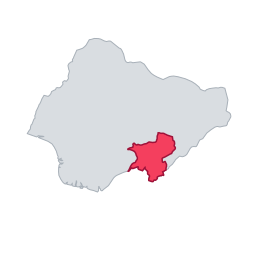 where Taraba sits in Nigeria, rotated 21°
{"feature_id": "NGA-2848", "entity_name": "Taraba", "entity_type": "State", "adm_level": 1, "iso_a3": "NGA", "parent_name": "Nigeria", "parent_adm1": "", "projection": "albers", "projection_center": [10.823, 8.016], "detail": "fine", "context": "in_parent", "style": "filled", "palette": "rose", "viewbox_px": 256, "rotation_deg": 21, "n_neighbors": 0, "source": "natural_earth", "source_scale": "10m", "svg_char_len": 6152}
<svg xmlns="http://www.w3.org/2000/svg" viewBox="0 0 256 256"><g transform="rotate(21 128 128)"><path d="M204.2,56.2L211.2,65.9L212.8,73.1L213.4,76.7L214.5,77.1L216.7,77.3L218.3,78.0L219.2,79.1L219.8,80.2L220.0,80.9L219.5,85.2L219.0,86.8L219.3,88.9L219.2,89.9L219.0,90.5L218.0,91.2L216.7,91.9L213.6,94.0L212.7,94.3L211.3,94.4L210.2,94.9L208.8,96.1L205.9,100.2L203.4,104.4L201.6,111.2L199.4,113.3L199.0,115.2L198.7,119.4L198.4,120.7L198.0,121.1L195.6,121.9L194.2,122.9L193.4,124.8L192.4,131.3L192.0,132.3L191.2,133.5L190.0,134.7L188.9,135.4L186.2,135.8L183.6,140.7L183.6,141.6L182.4,146.0L180.4,149.4L180.3,151.5L177.7,154.5L176.4,156.5L177.8,158.6L177.9,158.9L173.5,162.5L173.3,163.0L173.1,165.5L172.8,166.1L172.0,167.0L170.8,168.0L169.6,168.8L168.2,169.3L166.9,169.5L166.2,169.2L165.8,168.5L165.1,165.5L164.7,164.8L163.9,164.2L160.5,160.9L158.5,159.8L158.0,159.9L157.7,160.2L157.1,161.8L156.6,162.5L155.5,162.7L153.6,162.7L152.3,162.4L152.0,162.1L151.3,160.8L147.1,163.8L145.7,164.5L143.8,168.0L141.2,169.8L139.4,171.3L134.5,176.2L133.5,177.6L132.5,179.7L130.4,188.8L127.0,194.4L126.6,195.6L126.4,195.6L125.9,196.1L124.6,195.8L124.0,194.7L123.2,194.5L121.9,193.0L121.6,193.2L123.0,197.2L122.4,198.7L118.3,198.7L114.8,199.2L112.3,199.1L111.1,198.6L110.6,197.1L110.4,197.2L110.3,198.0L109.5,198.6L106.7,198.7L105.5,197.7L104.6,196.6L103.5,196.1L103.7,196.6L104.9,197.7L104.7,199.2L102.5,201.0L101.1,201.1L100.2,200.3L99.8,199.0L99.6,197.1L99.0,195.9L98.7,195.9L99.1,198.0L99.1,199.9L100.1,201.4L98.5,201.8L96.6,201.9L96.3,201.3L96.1,200.1L95.8,199.7L95.3,201.8L91.4,202.4L90.8,202.3L90.7,201.9L91.0,201.3L90.9,200.4L90.1,201.1L89.9,202.5L89.4,202.8L87.9,202.5L86.3,201.8L83.6,199.9L80.4,196.9L79.8,195.6L78.9,193.9L77.3,189.4L77.6,189.2L78.3,189.4L78.7,189.0L77.4,188.7L77.1,188.3L77.0,187.3L77.1,186.1L79.1,185.5L79.6,184.8L79.9,184.0L77.4,185.1L75.0,183.8L74.5,183.0L74.8,182.4L77.5,182.4L78.5,181.9L77.9,181.6L76.9,181.7L76.5,181.3L76.5,180.3L76.2,180.5L75.7,181.4L74.1,181.9L73.2,181.3L73.1,180.0L72.9,179.4L72.1,178.9L69.4,175.3L65.9,172.2L62.8,170.1L58.1,169.1L48.1,169.0L47.6,168.7L48.2,168.2L49.1,167.9L52.3,166.3L51.8,166.1L48.4,167.1L47.3,167.1L45.8,169.1L36.0,169.4L36.1,168.4L36.6,165.8L37.2,164.0L36.6,161.8L36.5,159.8L36.9,159.2L37.0,158.5L37.0,153.4L37.6,152.6L37.6,152.1L36.6,149.9L36.7,148.3L36.5,146.6L36.2,145.9L36.7,139.7L36.6,138.1L37.0,137.1L37.2,134.4L37.2,131.7L37.9,127.6L42.1,127.1L43.1,125.5L43.7,123.5L43.6,121.4L45.0,119.7L46.6,118.1L46.6,116.4L47.1,115.9L47.8,115.5L49.0,115.3L50.2,114.5L50.9,112.9L51.6,110.5L50.6,108.8L50.6,108.5L51.0,107.6L51.7,106.7L52.2,106.4L53.4,106.6L53.8,106.3L54.6,103.6L54.6,102.9L53.5,101.1L53.0,96.2L52.7,95.6L51.8,94.7L49.6,91.3L49.6,89.6L50.6,87.6L51.3,86.6L52.2,86.1L52.4,85.6L52.1,85.0L51.7,84.6L51.6,83.6L52.0,82.4L51.9,80.9L52.3,73.7L54.2,72.3L57.0,69.9L58.4,67.5L59.2,65.6L60.2,59.4L61.6,58.7L64.4,56.5L68.1,55.2L70.5,54.8L74.7,55.2L76.9,55.0L78.7,53.8L79.6,53.4L80.7,53.2L91.2,56.6L92.2,56.5L93.0,56.7L94.3,57.6L97.4,60.6L100.6,65.3L101.6,66.3L102.6,66.9L103.6,67.1L104.4,67.0L105.2,66.6L106.2,65.7L107.7,65.3L109.0,65.4L115.6,61.9L116.2,61.8L120.3,62.6L125.7,66.3L130.2,68.7L133.4,69.5L137.1,70.0L143.4,70.2L148.2,65.2L150.0,64.1L152.1,63.1L156.5,62.2L163.9,61.5L170.8,61.8L175.1,62.7L179.6,64.3L181.6,65.9L184.6,66.1L186.8,65.8L187.5,64.2L189.7,62.2L193.0,60.3L195.7,58.9L197.9,58.3L199.9,56.8L201.5,56.3L204.2,56.2ZM107.0,200.8L105.5,201.2L104.5,201.1L105.9,199.0L106.5,199.5L107.4,199.7L107.0,200.8Z" fill="#d9dde1" stroke="#a8b0b8" stroke-width="1"/><path d="M178.5,153.7L177.6,154.6L176.7,156.0L176.4,156.3L176.1,156.5L176.4,156.8L176.6,157.0L177.4,158.1L178.0,158.8L178.2,159.2L178.1,159.5L177.9,159.6L177.6,159.5L177.3,159.5L177.1,159.6L176.4,160.2L176.2,160.4L176.1,160.5L176.0,160.8L175.9,160.8L175.7,160.8L175.4,160.9L175.2,161.0L174.2,161.8L173.3,162.7L173.0,163.1L172.9,163.5L173.0,163.7L173.3,164.1L173.4,164.4L173.4,164.8L173.3,165.2L172.8,166.3L172.5,166.8L172.0,167.0L171.4,167.1L171.0,167.4L170.8,168.0L170.7,168.6L170.6,169.0L170.3,169.2L169.9,169.4L169.5,169.5L169.3,169.5L169.0,169.4L168.8,169.4L168.8,169.5L168.6,169.6L168.4,169.6L168.2,169.5L167.7,169.5L166.7,169.6L166.3,169.6L166.1,169.4L165.8,168.6L165.5,167.4L165.5,166.8L165.5,166.2L165.4,165.4L165.1,164.8L164.6,164.4L163.2,164.1L162.7,163.6L162.4,163.0L162.2,162.2L162.0,161.6L161.5,161.3L160.2,160.8L159.1,160.2L158.7,160.1L158.4,159.9L158.3,159.1L158.0,158.7L157.8,159.2L157.6,159.7L157.5,160.3L157.4,161.5L157.2,161.7L157.0,161.9L156.8,162.1L156.8,162.4L156.8,162.7L152.8,162.8L152.4,162.6L152.0,162.4L151.9,162.1L151.6,160.9L151.5,160.7L151.3,160.6L150.9,160.8L147.1,164.1L146.8,164.2L146.5,164.1L146.2,164.0L145.8,163.9L145.5,164.3L144.3,168.0L144.1,168.2L143.6,168.2L143.9,166.7L144.1,164.1L144.1,163.1L144.6,160.4L145.1,159.5L145.7,158.7L146.5,158.1L147.2,157.5L147.3,155.7L147.9,153.8L147.2,152.0L145.6,150.6L144.2,148.8L142.5,147.6L140.1,147.3L137.8,147.4L137.2,147.5L136.1,148.0L135.6,148.1L135.4,147.7L136.3,146.5L136.8,146.0L139.1,144.5L139.4,144.2L139.3,143.8L139.2,143.5L139.3,143.3L139.2,142.5L138.4,141.4L138.5,140.9L138.6,140.5L138.9,140.2L139.3,140.0L140.0,140.3L140.4,140.5L140.8,140.6L141.3,140.7L141.7,140.8L142.2,140.7L142.8,140.3L143.2,139.7L144.0,139.7L145.2,139.6L146.3,139.3L147.3,138.6L148.2,137.7L149.2,136.9L150.3,136.3L150.8,135.9L151.6,135.0L151.9,134.4L152.7,133.5L156.2,132.7L158.7,131.4L159.2,130.4L159.2,129.8L159.0,128.9L159.1,128.4L159.1,127.9L158.7,126.5L158.4,126.0L158.3,125.6L158.1,124.4L158.2,123.4L158.1,122.6L157.8,121.8L158.6,121.3L160.6,121.2L162.5,120.4L163.5,120.2L164.5,120.4L165.6,120.4L167.2,120.6L172.6,120.3L174.1,123.0L174.4,123.4L175.0,123.5L175.5,123.6L176.4,124.4L176.9,125.5L177.2,126.0L177.3,126.5L177.3,127.0L177.3,127.6L177.8,128.5L178.8,128.9L179.4,129.7L179.5,130.8L178.0,134.0L177.9,135.1L177.9,135.7L177.8,136.2L176.8,137.1L172.8,141.9L171.8,142.8L170.9,143.8L170.8,144.3L171.5,145.9L172.1,147.0L172.5,147.5L173.0,147.5L173.4,147.2L173.8,146.7L174.1,146.3L174.6,146.0L175.1,146.3L175.5,146.8L177.0,148.2L177.7,150.0L177.7,151.0L177.9,152.0L178.3,152.9L178.5,153.7L178.5,153.7Z" fill="#f43f5e" stroke="#9f1239" stroke-width="1.5"/></g></svg>